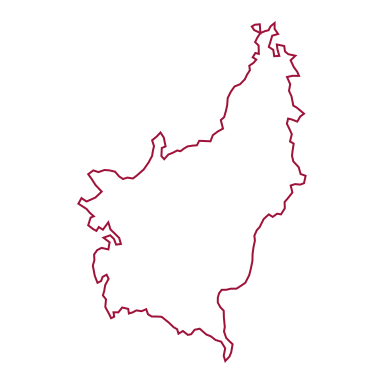 Nova Esperança do Sudoeste, Paraná, Brazil
{"feature_id": "56859067B10738168470860", "entity_name": "Nova Esperança do Sudoeste", "entity_type": "district", "adm_level": 2, "iso_a3": "BRA", "parent_name": "Brazil", "parent_adm1": "Paraná", "projection": "equal_earth", "projection_center": [-53.258, -25.889], "detail": "fine", "context": "isolated", "style": "outline", "palette": "rose", "viewbox_px": 384, "rotation_deg": 0, "n_neighbors": 0, "source": "geoboundaries", "source_scale": "gbopen_adm2", "svg_char_len": 2777}
<svg xmlns="http://www.w3.org/2000/svg" viewBox="0 0 384 384"><path d="M97.5,282.8L101.1,281.0L102.6,276.9L106.6,274.7L108.6,278.8L105.2,285.1L104.2,291.0L102.9,295.4L106.0,299.4L105.3,307.0L109.1,314.0L111.1,318.2L114.2,316.7L113.5,312.3L118.4,312.3L122.2,307.5L128.2,308.9L128.9,313.5L132.6,312.4L136.4,310.4L141.6,311.2L146.2,309.2L148.0,314.3L151.7,316.5L156.7,316.5L161.6,316.8L168.7,322.5L173.6,327.2L177.1,329.2L178.5,333.7L182.9,331.0L187.9,334.9L191.2,334.2L194.6,329.8L199.7,328.7L206.3,334.5L210.8,336.3L215.6,340.0L221.2,341.7L225.2,348.3L223.7,355.8L225.3,361.0L229.4,356.6L231.2,352.3L232.6,344.2L229.8,341.6L226.2,337.9L224.0,331.5L224.8,326.9L223.9,317.9L223.7,310.7L220.4,307.3L217.8,302.6L217.8,297.8L219.0,293.4L221.7,289.8L226.2,289.8L230.8,288.7L236.4,288.7L240.8,285.9L245.3,282.8L249.2,275.2L250.7,269.3L252.4,261.1L252.6,253.6L253.5,247.2L254.9,240.7L254.4,235.6L256.8,230.2L259.7,227.0L263.7,219.0L268.8,214.4L272.7,216.9L277.1,213.7L281.0,214.4L284.8,208.3L284.6,202.0L287.6,198.6L292.4,192.5L290.7,185.5L295.1,184.1L300.2,184.6L304.0,183.2L305.6,175.8L300.6,174.0L298.7,167.2L293.3,161.4L292.0,155.9L292.6,150.5L293.7,143.6L290.0,141.5L291.8,134.2L289.5,129.1L286.9,123.8L288.1,118.6L291.5,119.4L297.3,121.6L300.2,116.5L304.0,113.7L296.8,107.6L293.3,105.6L291.5,96.3L289.0,90.9L290.2,84.2L287.0,77.0L292.6,75.8L299.0,75.9L297.3,71.9L293.7,66.9L290.6,60.3L295.4,55.7L288.3,54.2L285.0,51.5L284.2,46.0L276.8,44.5L277.5,49.6L279.3,55.9L274.2,56.2L273.3,49.9L268.8,46.9L270.4,41.8L272.2,35.7L278.1,34.0L274.6,28.9L274.6,23.0L270.6,26.3L268.5,30.3L265.1,31.1L260.4,33.0L257.3,37.7L255.1,42.1L258.6,45.5L258.8,53.9L255.4,53.0L252.7,57.3L256.3,59.6L253.5,62.9L249.3,65.7L249.9,70.2L247.0,74.7L244.9,79.2L240.1,84.2L234.5,86.5L230.8,91.8L227.7,98.0L227.2,105.0L226.0,110.7L224.1,117.2L220.8,120.1L223.0,128.6L217.8,131.5L212.8,135.2L210.5,141.3L199.2,140.8L196.9,145.3L192.7,145.6L187.6,146.4L183.9,148.6L180.5,151.2L177.1,150.5L173.2,152.6L168.3,154.6L164.2,159.2L161.4,156.1L161.8,148.0L165.6,146.4L163.8,137.6L160.5,132.5L156.9,136.4L152.1,140.3L154.0,146.1L152.9,150.9L152.1,155.9L148.5,162.6L143.7,169.5L136.5,175.8L132.9,178.5L127.4,177.6L123.1,179.0L119.2,176.5L115.1,171.7L109.6,170.4L104.5,170.0L98.4,172.1L93.3,170.4L88.2,174.2L91.6,178.9L95.5,185.0L101.7,191.6L95.3,197.6L91.1,199.5L86.5,201.5L81.5,198.1L78.4,203.7L86.6,209.0L89.7,212.7L93.8,216.3L90.6,217.6L88.2,225.3L93.0,229.0L96.4,230.9L98.8,227.0L102.9,229.7L108.3,222.3L110.5,229.5L115.1,233.9L119.2,238.0L120.9,244.0L116.1,244.6L114.0,239.0L110.2,235.3L103.5,237.7L109.6,242.3L108.4,249.4L101.5,247.9L97.2,250.1L94.1,254.5L94.4,260.3L92.8,265.6L94.8,275.9L97.5,282.8ZM260.4,33.0L259.8,24.3L254.9,24.7L251.8,26.5L254.2,30.1L260.4,33.0Z" fill="none" stroke="#9f1239" stroke-width="2"/></svg>